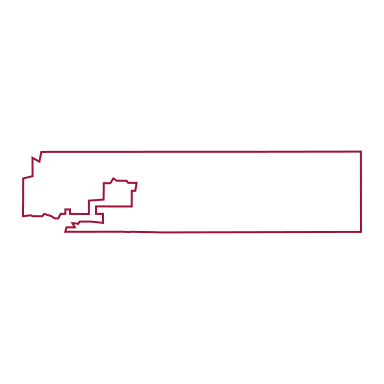 outline of Adams, Colorado, United States of America
{"feature_id": "52423323B9551062095549", "entity_name": "Adams", "entity_type": "district", "adm_level": 2, "iso_a3": "USA", "parent_name": "United States of America", "parent_adm1": "Colorado", "projection": "robinson", "projection_center": [-104.653, 39.87], "detail": "fine", "context": "isolated", "style": "outline", "palette": "rose", "viewbox_px": 384, "rotation_deg": 0, "n_neighbors": 0, "source": "geoboundaries", "source_scale": "gbopen_adm2", "svg_char_len": 978}
<svg xmlns="http://www.w3.org/2000/svg" viewBox="0 0 384 384"><path d="M360.9,151.6L249.4,151.8L164.4,151.8L98.2,151.9L65.1,151.9L56.0,151.9L46.2,151.9L41.3,152.0L39.4,161.7L32.5,157.8L32.6,176.2L23.2,178.4L23.1,195.0L23.2,197.1L23.0,207.3L23.0,216.2L31.0,215.3L32.4,216.2L42.4,216.2L44.2,213.9L51.5,216.2L54.7,218.4L58.3,218.4L60.6,213.9L65.3,213.9L65.4,209.4L70.0,209.4L70.0,213.9L88.9,214.0L88.9,200.6L103.6,199.6L103.8,183.2L105.6,183.2L110.3,183.2L113.4,178.4L116.6,180.7L126.6,180.8L128.2,182.9L136.6,182.9L135.3,190.8L131.8,190.8L131.7,206.5L96.0,206.4L96.0,213.9L103.0,213.9L103.0,222.9L91.2,221.6L79.5,221.6L78.3,223.8L72.4,223.1L74.8,227.3L66.5,227.3L65.3,231.8L84.1,231.8L121.9,231.7L128.1,232.0L132.6,231.8L133.3,231.8L136.2,231.9L155.1,232.2L156.1,232.3L156.8,232.3L159.2,232.3L160.0,232.4L160.5,232.4L161.8,232.4L164.5,232.4L165.6,232.4L166.5,232.4L166.8,232.4L168.8,232.4L169.1,232.4L361.0,231.9L360.9,151.6Z" fill="none" stroke="#9f1239" stroke-width="2"/></svg>